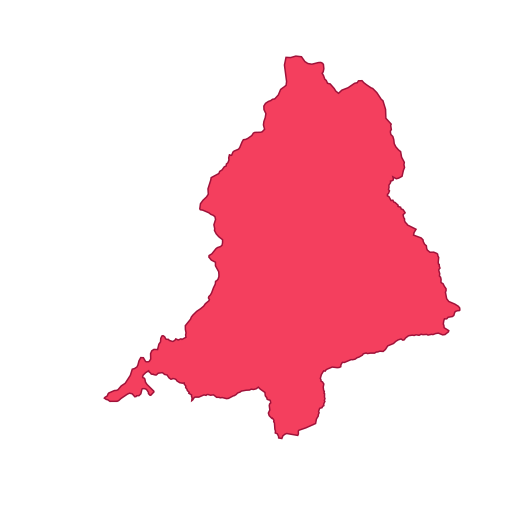 outline of Sao Salvador Do Mundo, São Salvador do Mundo, Cabo Verde, rotated 165°
{"feature_id": "66160863B42982614395502", "entity_name": "Sao Salvador Do Mundo", "entity_type": "district", "adm_level": 2, "iso_a3": "CPV", "parent_name": "Cabo Verde", "parent_adm1": "São Salvador do Mundo", "projection": "albers", "projection_center": [-23.615, 15.088], "detail": "fine", "context": "isolated", "style": "filled", "palette": "rose", "viewbox_px": 512, "rotation_deg": 165, "n_neighbors": 0, "source": "geoboundaries", "source_scale": "gbopen_adm2", "svg_char_len": 6051}
<svg xmlns="http://www.w3.org/2000/svg" viewBox="0 0 512 512"><g transform="rotate(165 256 256)"><path d="M111.7,398.7L113.3,397.2L116.1,397.3L123.6,394.7L130.1,394.0L134.2,391.8L136.3,394.7L137.1,397.5L139.8,403.0L142.2,404.3L142.7,407.4L143.8,409.0L144.1,412.8L144.8,415.4L143.4,416.5L142.0,419.3L141.3,423.6L141.9,425.0L143.3,426.2L145.6,426.7L152.4,426.8L156.1,428.5L158.5,431.2L160.5,436.7L165.8,438.8L171.2,438.7L175.6,440.1L179.1,433.1L181.3,416.6L182.8,413.0L189.1,410.5L192.8,405.7L197.3,402.9L199.5,403.1L201.5,402.3L204.0,402.1L207.3,401.0L209.6,398.8L210.4,395.4L209.6,391.0L211.3,387.2L213.6,383.8L214.9,380.7L214.9,376.2L217.9,374.4L219.4,374.3L225.2,375.7L226.7,375.4L228.9,373.4L233.5,371.7L235.7,371.3L238.1,371.6L240.0,369.7L243.6,365.0L245.2,363.7L250.1,363.0L251.3,362.4L253.5,359.6L255.2,360.0L255.2,361.1L257.0,357.8L257.3,355.7L259.1,353.3L260.8,352.5L261.5,350.7L263.5,350.4L266.6,347.9L269.2,347.1L270.5,345.3L279.0,343.3L280.2,340.8L285.0,333.3L286.1,328.0L288.6,325.8L292.7,323.6L296.1,320.9L298.1,316.1L297.8,315.1L295.6,314.1L290.4,310.0L288.8,307.9L286.8,306.4L285.5,304.6L285.6,301.8L288.6,297.0L288.8,293.1L289.5,291.4L288.7,287.7L287.0,284.3L284.1,280.4L284.9,277.4L286.0,275.2L287.8,274.3L291.1,274.1L292.8,273.4L298.1,269.5L301.2,268.6L301.8,267.1L300.2,263.6L296.8,260.5L297.7,257.0L296.1,250.5L296.6,247.7L297.2,245.6L298.8,243.3L300.4,242.3L301.6,242.0L302.6,239.4L305.3,236.3L308.4,231.9L310.2,230.1L312.0,229.1L312.8,227.8L312.3,225.9L313.2,224.9L317.3,223.0L319.5,221.1L323.2,219.4L327.6,217.9L332.2,215.3L334.3,213.7L335.6,211.9L342.3,207.0L343.2,203.4L343.5,199.7L344.4,198.1L344.7,195.6L349.1,194.6L349.9,195.4L352.9,195.0L354.9,196.7L355.7,195.9L357.9,195.0L358.8,195.1L361.6,196.9L362.1,198.1L364.0,198.7L364.7,199.4L365.1,201.5L366.0,202.7L366.5,203.1L367.6,203.1L369.3,201.1L370.5,197.7L372.6,196.0L375.3,191.1L378.8,192.2L381.2,191.4L383.1,189.0L384.4,183.7L386.3,181.9L387.5,181.7L389.4,182.2L390.0,182.8L391.1,186.9L393.6,187.7L396.1,185.1L398.4,181.1L399.8,179.6L402.6,178.7L404.8,178.7L408.3,173.2L415.3,166.9L419.8,165.4L424.0,162.5L425.5,162.3L427.6,162.7L433.6,161.8L434.6,161.1L435.8,159.4L438.6,158.5L439.3,158.0L437.8,156.2L436.4,155.5L434.7,153.4L427.8,151.6L426.2,151.8L423.3,153.3L415.8,155.9L413.6,156.2L411.2,154.9L409.5,151.4L408.2,151.3L407.5,151.9L405.2,151.4L402.9,152.7L400.8,156.6L400.2,157.2L399.4,157.1L397.5,156.5L396.3,155.4L395.2,152.2L395.5,150.9L394.4,148.9L393.7,148.7L389.8,151.1L389.7,151.9L394.5,160.1L395.4,162.8L395.2,166.0L395.6,167.0L396.7,167.7L396.9,168.4L395.9,170.1L392.7,171.9L389.4,172.9L389.3,171.7L388.5,170.8L387.8,169.2L386.9,168.6L385.8,168.4L385.6,168.0L384.0,167.1L383.0,166.9L380.8,168.1L376.7,167.6L375.5,166.2L375.2,165.4L372.7,164.1L371.6,160.9L370.1,159.0L369.1,158.9L368.1,159.2L366.2,158.3L365.1,157.2L364.7,155.8L362.5,153.4L360.0,152.2L358.2,151.9L358.5,150.8L357.5,148.7L358.0,147.1L357.1,145.0L357.2,143.9L355.8,141.5L356.4,140.8L354.2,138.5L354.6,137.4L354.5,135.3L355.5,132.9L354.5,133.3L352.5,135.1L351.4,135.5L347.7,134.5L342.2,135.3L340.3,134.3L339.6,134.8L338.3,134.7L336.0,133.3L333.0,132.9L330.6,129.7L328.2,129.0L327.3,128.3L325.2,128.0L321.3,125.8L319.4,125.6L314.0,126.8L313.2,126.7L311.1,127.3L309.3,128.4L306.5,128.7L305.1,129.3L300.2,128.9L296.9,128.2L295.1,128.6L292.9,127.7L290.1,127.7L287.7,128.7L286.4,126.4L282.7,121.9L283.2,118.5L282.2,116.1L282.4,115.0L281.5,114.0L280.0,113.3L279.6,112.6L279.8,110.3L281.1,109.6L281.9,108.1L282.5,103.7L284.7,101.1L284.6,98.4L282.8,95.2L282.3,95.2L282.4,94.8L281.6,94.2L281.2,92.6L281.8,91.4L281.4,90.0L282.6,83.7L282.5,81.9L283.2,80.1L281.4,78.7L280.9,75.7L281.2,74.4L278.3,73.0L276.5,75.4L274.1,76.4L272.3,76.6L262.1,71.9L261.1,73.2L260.4,76.0L259.6,76.6L252.3,77.1L241.8,78.8L239.8,82.9L237.2,85.4L236.9,86.6L235.6,88.2L235.8,89.7L233.9,92.4L231.5,92.4L230.6,93.5L229.2,93.9L228.9,95.6L227.1,97.7L227.4,98.8L226.3,100.4L226.4,101.9L225.4,105.3L225.8,105.9L225.0,107.7L225.5,108.3L225.0,112.0L223.6,114.8L224.4,117.2L225.5,118.2L225.3,120.0L225.6,121.0L223.5,124.6L220.4,127.5L219.0,126.9L218.2,127.7L216.6,128.3L211.1,129.0L206.4,127.1L204.5,126.8L202.8,127.1L202.1,129.0L200.1,130.9L198.1,130.3L191.0,131.3L189.5,130.8L187.0,130.7L184.6,131.6L182.6,131.7L178.9,132.7L177.6,133.8L174.7,133.8L173.6,132.9L170.6,132.6L166.6,131.5L164.6,132.1L163.2,131.8L161.1,132.0L157.9,130.9L155.2,132.2L152.0,135.1L145.8,135.9L143.0,137.4L140.3,138.2L137.4,138.3L135.9,136.7L134.5,136.7L132.8,138.1L129.3,139.5L125.5,139.1L123.8,138.3L121.8,138.5L119.0,137.2L116.8,137.7L115.1,136.8L111.4,136.1L110.3,135.1L106.7,134.9L105.4,134.3L102.5,134.6L99.8,134.3L96.1,131.5L93.8,131.2L89.8,132.9L89.1,134.0L92.8,138.0L92.5,140.5L92.7,141.8L91.4,144.8L90.2,146.6L88.7,146.0L87.7,146.1L86.3,147.1L81.9,146.7L80.3,147.4L78.6,150.2L77.3,150.9L74.9,151.0L74.1,150.6L73.1,151.0L72.7,153.1L73.6,155.1L76.4,158.1L81.6,162.2L82.9,165.4L82.4,172.0L81.4,173.3L80.9,175.2L81.9,177.9L82.5,180.8L84.0,182.3L84.1,182.9L83.3,185.5L83.2,187.7L84.0,189.2L83.1,191.4L83.2,194.8L82.8,195.7L81.4,196.7L81.6,198.6L81.2,200.4L81.8,201.0L81.6,202.8L79.9,207.3L80.3,209.0L80.1,210.8L80.7,211.7L83.3,213.7L87.0,214.6L89.0,217.4L89.2,219.2L88.8,221.8L90.1,223.7L90.7,226.6L90.5,228.4L91.8,230.7L98.4,235.4L97.3,237.7L94.5,240.4L101.7,246.8L101.8,247.6L103.1,250.0L103.4,251.7L102.9,253.4L103.4,254.9L103.3,257.5L103.1,257.9L100.8,259.1L101.0,260.1L102.0,262.8L103.6,263.9L103.7,265.7L106.0,267.1L105.6,268.3L107.8,271.7L108.9,272.4L109.4,274.5L111.2,274.6L112.2,278.9L113.5,280.1L113.0,281.6L111.9,282.1L110.2,284.4L110.8,286.0L109.8,287.7L109.3,290.0L107.0,292.1L106.7,293.5L105.7,293.4L103.9,293.8L103.3,295.1L103.3,297.0L100.5,294.3L98.0,294.3L94.3,295.2L91.5,300.5L89.6,303.1L89.5,305.8L88.5,308.1L89.8,313.8L89.3,319.4L90.9,321.6L92.7,325.3L93.4,328.7L92.8,332.9L92.9,336.0L94.3,338.5L94.1,341.1L93.5,342.4L92.6,342.9L92.1,347.2L91.3,348.4L94.9,355.4L92.9,364.1L93.2,373.1L94.5,375.0L97.0,382.5L99.9,387.6L101.5,388.8L105.1,393.0L107.0,395.5L108.2,397.9L111.7,398.7Z" fill="#f43f5e" stroke="#9f1239" stroke-width="1.5"/></g></svg>